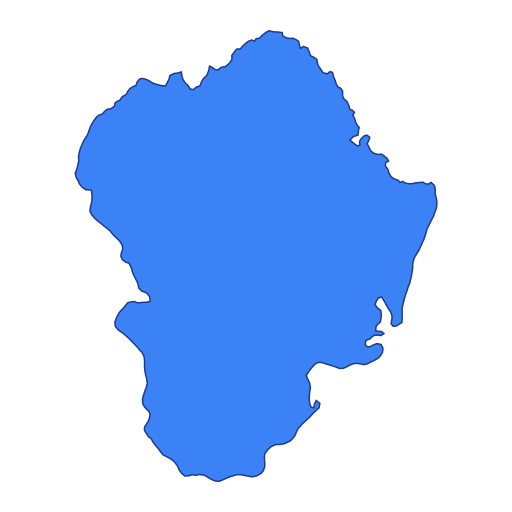 outline of Pintópolis, Minas Gerais, Brazil
{"feature_id": "56859067B18460056195803", "entity_name": "Pintópolis", "entity_type": "district", "adm_level": 2, "iso_a3": "BRA", "parent_name": "Brazil", "parent_adm1": "Minas Gerais", "projection": "robinson", "projection_center": [-45.235, -16.058], "detail": "fine", "context": "isolated", "style": "filled", "palette": "blue", "viewbox_px": 512, "rotation_deg": 0, "n_neighbors": 0, "source": "geoboundaries", "source_scale": "gbopen_adm2", "svg_char_len": 5029}
<svg xmlns="http://www.w3.org/2000/svg" viewBox="0 0 512 512"><path d="M139.5,79.1L137.0,82.2L136.0,85.4L133.2,86.6L129.9,88.6L127.9,91.2L126.4,94.3L122.1,96.8L119.9,100.2L117.4,101.2L115.0,103.0L114.5,106.0L111.1,108.6L106.9,109.4L104.4,111.7L102.3,114.0L99.2,115.0L96.7,116.9L94.2,120.1L91.8,124.0L90.3,127.0L89.0,130.7L87.4,135.0L84.3,139.7L82.4,143.7L80.4,148.3L79.2,152.7L78.5,156.6L78.8,160.7L77.8,165.4L76.5,169.9L75.2,173.2L76.2,177.5L78.2,180.8L79.5,184.0L82.0,187.0L85.4,189.6L91.4,190.2L92.0,195.5L92.0,200.0L91.3,203.5L90.3,207.8L90.0,211.6L91.8,214.8L94.7,218.2L98.0,221.2L101.3,223.7L104.2,226.2L107.0,228.3L110.0,230.8L112.9,234.5L115.7,237.2L118.2,239.5L120.7,242.4L122.4,245.9L122.8,249.0L121.5,252.4L120.8,256.1L122.5,259.8L125.5,262.1L129.0,263.2L131.2,267.5L132.4,271.8L133.5,274.6L135.7,279.0L137.8,283.3L138.8,288.2L142.0,291.3L145.6,292.4L147.8,294.3L149.6,296.7L150.2,301.4L146.5,302.3L143.8,302.3L140.6,302.6L137.4,302.8L134.4,301.5L130.8,302.0L127.8,302.7L125.5,305.4L123.3,308.2L121.0,310.5L119.1,312.9L116.8,317.0L114.9,322.0L115.4,326.6L118.6,330.2L121.0,331.9L123.3,333.5L126.7,336.4L129.5,339.0L131.7,341.3L134.8,344.5L137.8,347.7L139.9,350.3L142.1,352.5L144.1,356.6L144.6,361.2L144.5,366.9L145.0,371.5L145.6,374.6L146.6,378.7L147.3,383.2L146.4,386.9L145.2,390.1L143.6,394.8L142.5,399.2L142.8,403.9L144.8,407.3L146.8,409.4L149.1,411.7L150.1,414.6L149.5,417.6L148.5,420.9L146.4,424.1L144.6,426.8L144.4,430.1L146.0,433.0L148.3,436.5L151.3,438.9L153.0,442.0L155.5,445.4L158.3,448.6L160.6,451.8L162.9,454.8L165.8,456.2L169.8,458.4L173.1,460.6L175.2,462.9L177.4,465.8L179.0,469.6L181.5,473.2L184.7,476.0L188.7,475.8L192.1,474.8L196.0,475.2L199.8,474.5L204.4,475.2L207.9,477.3L210.9,479.1L214.8,480.9L219.5,481.3L223.3,479.6L227.3,477.8L230.8,476.5L234.1,475.5L237.5,474.6L241.9,474.8L246.0,475.7L249.6,476.4L252.5,476.9L257.0,475.8L261.0,473.4L263.1,471.1L264.7,467.0L264.8,462.9L264.4,459.0L264.7,453.7L268.0,449.5L271.5,446.4L275.8,444.5L279.9,444.5L284.0,443.8L288.1,442.0L290.9,440.4L293.2,437.9L295.1,435.3L296.5,431.7L298.3,428.3L300.4,426.1L302.5,423.6L304.6,421.8L306.8,419.7L309.2,417.6L311.2,415.5L313.1,413.2L316.1,410.5L319.1,407.8L319.8,403.3L316.2,400.5L314.4,404.1L313.9,407.9L311.1,407.1L309.7,403.6L309.2,399.4L309.3,396.2L309.7,392.2L310.4,387.5L309.5,382.5L307.7,379.1L306.3,375.4L309.3,370.7L312.4,366.9L314.5,364.6L316.8,362.9L320.1,362.3L323.3,363.0L326.4,364.0L330.7,365.3L334.8,366.6L339.3,368.4L342.8,368.4L346.2,367.1L349.7,365.3L352.9,363.8L356.2,363.3L360.0,363.8L363.9,364.6L367.4,363.8L369.9,362.5L373.4,360.8L378.0,358.3L380.4,355.9L382.5,352.3L383.0,348.4L381.1,344.5L376.8,343.6L373.3,345.0L369.8,346.8L366.9,346.6L365.1,344.3L366.2,340.2L369.8,339.0L372.1,336.7L374.7,335.1L378.0,335.1L380.8,335.6L383.9,333.6L381.6,331.5L375.7,331.0L376.0,326.6L377.8,324.1L380.3,322.0L380.9,318.6L381.3,315.1L380.8,310.5L377.1,307.6L375.0,304.3L376.7,300.5L378.4,298.0L381.5,296.9L384.1,300.8L386.6,305.6L388.6,308.9L391.2,312.9L392.1,316.6L391.8,319.7L391.1,323.7L393.1,326.2L396.0,326.1L399.1,324.3L401.9,322.5L402.2,318.6L402.1,313.1L402.1,308.5L402.7,305.6L403.5,302.0L404.3,299.0L405.2,295.8L406.7,291.5L408.3,286.5L409.7,283.2L410.6,279.5L411.4,275.7L412.1,271.9L412.6,269.0L412.7,263.9L414.1,258.2L416.3,254.4L418.6,250.8L420.2,247.3L422.2,243.1L424.2,238.5L425.7,233.8L426.9,229.3L428.6,225.8L430.5,222.1L431.8,219.4L433.6,216.0L435.3,211.1L436.4,208.0L436.8,204.6L436.8,200.9L436.2,197.8L435.2,193.8L435.3,189.2L434.5,185.6L431.1,182.4L428.3,184.2L425.3,183.7L422.9,182.2L418.9,182.6L414.9,183.0L411.2,183.8L407.8,183.6L405.1,183.0L402.8,181.4L400.0,182.4L398.0,180.1L394.3,179.0L391.2,176.8L389.0,173.2L387.9,169.4L385.3,165.8L385.7,162.6L388.6,161.0L387.0,158.4L384.1,155.9L381.7,154.2L377.8,154.4L374.1,153.4L370.7,150.9L369.1,147.4L367.2,143.7L368.8,140.3L369.8,137.3L366.8,135.1L364.2,135.9L361.2,138.6L359.5,141.6L359.9,145.3L357.2,145.8L353.5,143.1L350.0,139.9L353.1,136.8L358.0,135.0L358.5,130.5L359.2,127.5L357.2,125.2L355.8,122.5L354.6,118.6L352.8,114.8L354.5,112.5L352.6,110.4L349.8,109.2L348.9,105.6L346.8,101.2L343.9,98.9L342.6,96.0L342.6,90.9L340.6,88.2L338.0,87.1L336.3,84.1L335.2,80.5L333.5,76.5L332.5,72.3L329.7,71.7L327.4,73.8L323.1,72.8L320.5,68.9L317.8,64.8L316.8,59.4L313.5,57.1L310.6,55.8L309.4,52.5L307.7,48.1L303.4,46.4L300.4,48.4L299.5,45.3L298.6,41.3L296.1,39.7L293.2,38.3L290.2,38.4L286.3,37.9L282.9,36.0L282.2,32.6L277.7,32.0L273.0,31.8L269.0,30.7L265.4,32.8L261.9,35.6L259.4,38.2L256.1,38.7L254.5,41.3L251.8,40.0L248.8,41.1L246.0,43.0L243.5,45.4L240.2,48.9L236.6,49.1L234.7,51.5L231.8,55.5L232.0,58.5L230.8,61.4L229.0,63.6L225.7,66.4L221.0,67.4L218.0,69.9L215.3,69.7L212.6,67.6L209.5,66.1L208.8,70.5L206.7,75.5L203.3,78.7L201.3,82.2L200.0,85.9L196.3,87.1L193.3,89.7L190.2,88.9L188.0,85.5L185.1,82.7L182.9,79.4L181.9,76.0L181.3,71.9L177.9,73.0L174.2,73.5L169.9,75.5L168.9,79.5L167.2,82.9L165.4,85.9L161.8,85.7L158.7,84.9L155.4,84.0L151.8,82.6L149.1,80.7L145.6,79.2L142.1,78.4L139.5,79.1Z" fill="#3b82f6" stroke="#1e3a8a" stroke-width="1.5"/></svg>